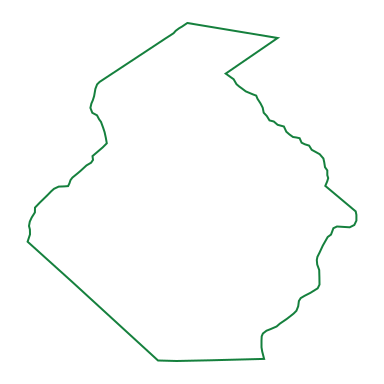 outline of Santo Antônio dos Lopes, Maranhão, Brazil
{"feature_id": "56859067B82634178607747", "entity_name": "Santo Antônio dos Lopes", "entity_type": "district", "adm_level": 2, "iso_a3": "BRA", "parent_name": "Brazil", "parent_adm1": "Maranhão", "projection": "mercator", "projection_center": [-44.464, -4.813], "detail": "fine", "context": "isolated", "style": "outline", "palette": "green", "viewbox_px": 384, "rotation_deg": 0, "n_neighbors": 0, "source": "geoboundaries", "source_scale": "gbopen_adm2", "svg_char_len": 1627}
<svg xmlns="http://www.w3.org/2000/svg" viewBox="0 0 384 384"><path d="M97.0,115.3L99.1,119.3L101.0,121.9L103.2,127.9L104.6,132.2L105.8,137.7L106.8,143.3L102.7,147.4L100.0,149.7L92.5,156.1L93.0,159.9L91.1,162.7L86.5,165.4L82.7,168.9L80.5,170.9L77.8,173.2L72.4,177.6L70.5,180.1L69.4,183.4L68.1,186.1L64.1,186.4L58.7,186.6L54.0,188.8L51.2,191.3L47.7,194.9L43.3,199.2L39.9,202.5L35.0,207.6L34.9,212.4L31.7,217.5L29.8,221.6L29.0,226.0L29.9,229.5L30.0,234.4L27.6,241.7L73.4,283.0L158.0,360.5L176.6,361.0L210.2,360.3L264.1,358.9L262.2,351.5L261.5,347.3L261.5,340.6L261.7,336.3L262.9,333.5L266.5,330.7L270.6,329.1L276.6,326.5L279.8,323.7L287.1,318.7L293.6,313.6L296.4,310.8L298.2,306.3L298.9,301.0L300.7,298.1L304.6,295.8L310.3,292.9L317.7,288.3L319.5,284.6L319.4,277.3L319.2,270.0L317.2,264.5L316.8,260.0L317.4,256.9L319.7,252.3L322.8,245.6L327.7,237.0L331.0,234.6L332.1,231.7L333.4,228.2L337.0,226.5L349.7,227.3L354.3,225.0L356.4,220.6L356.4,214.9L355.7,211.4L325.3,185.9L327.2,181.4L328.2,178.1L327.3,175.2L327.3,170.4L325.0,167.2L324.2,162.1L323.4,158.5L319.7,154.2L315.0,151.6L311.7,149.8L309.1,145.6L304.9,144.3L301.6,142.7L299.6,138.2L296.4,137.5L293.0,137.0L289.4,134.4L286.3,131.7L283.9,126.5L277.6,124.8L273.8,121.5L269.5,120.4L266.8,116.0L263.7,112.7L262.7,107.7L260.5,103.4L257.5,98.8L256.2,95.6L253.2,94.5L245.8,91.4L241.7,88.3L239.2,86.5L236.5,84.2L233.6,79.2L230.6,77.1L225.7,73.6L277.6,38.0L187.3,23.0L182.0,26.6L179.2,28.2L175.7,30.8L173.6,33.2L165.1,38.7L126.3,64.3L99.6,81.9L97.1,84.4L95.4,88.8L94.1,96.2L92.8,100.3L91.4,103.5L90.4,107.9L92.3,112.8L97.0,115.3Z" fill="none" stroke="#15803d" stroke-width="2"/></svg>